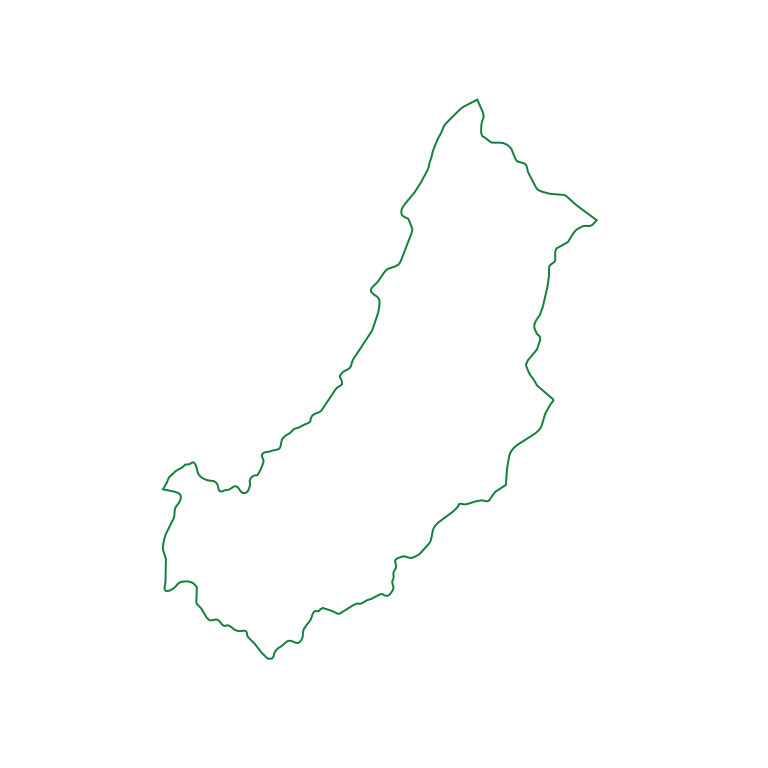 SVG path tracing the border of Phetchabun, rotated 203°
{"feature_id": "THA-402", "entity_name": "Phetchabun", "entity_type": "Province", "adm_level": 1, "iso_a3": "THA", "parent_name": "Thailand", "parent_adm1": "", "projection": "natural_earth1", "projection_center": [101.234, 16.209], "detail": "fine", "context": "isolated", "style": "outline", "palette": "green", "viewbox_px": 768, "rotation_deg": 203, "n_neighbors": 0, "source": "natural_earth", "source_scale": "10m", "svg_char_len": 6139}
<svg xmlns="http://www.w3.org/2000/svg" viewBox="0 0 768 768"><g transform="rotate(203 384 384)"><path d="M546.3,200.7L545.3,208.9L545.5,210.3L545.5,212.3L545.3,214.4L541.7,222.5L536.9,228.7L535.4,232.3L533.2,233.2L531.5,234.5L530.4,236.1L529.8,236.9L529.0,237.3L528.0,237.3L526.3,236.2L524.7,234.8L520.4,229.2L519.6,228.5L518.8,228.0L516.9,227.1L513.6,226.4L509.8,226.3L506.5,227.0L503.5,227.9L502.3,228.1L501.2,227.9L500.1,227.6L499.1,227.1L498.3,226.6L497.6,225.9L496.9,225.1L495.8,223.4L495.2,222.6L494.5,221.9L493.7,221.3L492.7,221.2L491.8,221.5L491.0,222.0L488.8,224.1L486.2,225.7L485.4,226.3L484.7,227.2L482.5,230.5L481.8,231.2L481.0,231.8L480.0,232.0L478.9,231.9L476.9,231.1L474.4,229.4L472.4,228.7L471.3,228.6L469.4,229.3L468.0,230.7L467.5,232.2L467.4,234.1L467.7,237.6L468.1,239.3L468.7,240.6L469.8,242.4L470.0,243.8L469.8,245.5L468.5,248.2L467.3,249.3L465.4,250.3L465.0,250.6L464.6,252.4L464.3,255.3L464.2,261.7L464.4,264.6L464.9,266.3L465.2,266.8L467.8,269.4L468.5,270.2L468.7,271.2L468.5,272.5L467.4,274.0L466.6,274.9L462.8,277.2L459.8,279.8L456.6,282.0L455.8,282.7L455.2,283.5L454.9,284.9L454.9,286.6L456.0,291.1L456.1,292.7L456.0,294.4L455.0,296.7L454.3,298.2L452.9,300.1L451.7,301.6L451.1,302.7L449.7,306.3L449.1,307.5L448.3,308.4L445.9,310.1L440.7,316.3L439.1,317.8L437.9,319.3L437.4,320.2L437.3,321.4L437.9,323.3L437.9,325.0L437.8,326.6L436.8,328.4L436.0,329.5L435.2,330.4L432.9,332.4L431.8,334.1L431.2,335.2L426.5,360.1L425.7,362.2L424.5,364.1L423.3,365.7L422.8,366.6L422.6,367.6L423.3,369.1L424.5,370.8L425.5,371.8L427.2,372.9L427.7,374.0L427.6,375.7L426.5,378.6L425.7,380.1L424.9,381.3L423.5,382.7L422.9,383.6L421.8,385.5L421.5,386.7L421.5,388.2L422.0,391.5L422.0,394.6L415.9,427.9L415.9,430.7L417.3,447.8L418.5,453.1L419.8,456.9L420.7,458.9L421.3,459.7L422.1,460.4L423.8,461.4L425.9,462.0L428.3,462.4L430.4,463.1L431.4,463.5L432.1,464.2L432.7,465.1L432.9,466.4L432.7,468.2L429.8,475.2L427.4,486.9L426.5,489.6L425.6,491.3L424.1,492.6L422.6,494.0L420.4,495.9L419.0,497.4L417.7,499.1L417.2,500.1L416.8,501.4L416.6,504.9L417.6,533.8L417.9,535.7L418.5,537.6L419.0,538.4L425.3,544.8L426.1,545.4L427.1,545.7L430.6,545.7L431.8,545.9L432.8,546.3L433.6,546.7L434.4,547.5L434.9,548.3L435.4,549.4L435.7,550.4L436.0,551.8L435.8,554.2L435.1,557.8L430.7,572.5L428.7,584.3L427.5,598.3L427.6,600.9L428.6,605.8L428.9,611.1L430.0,617.0L430.3,629.8L429.5,637.9L429.6,645.2L428.9,647.9L421.0,667.3L418.5,671.1L409.3,682.2L398.8,672.4L396.5,668.4L396.3,664.1L395.9,661.7L395.1,659.0L393.0,653.7L391.4,651.6L390.1,650.5L387.4,650.2L380.1,648.3L379.1,648.4L378.2,648.6L371.4,651.5L368.2,652.4L364.5,652.3L361.1,651.4L359.4,650.6L358.1,649.7L351.5,643.0L349.9,641.8L348.6,641.1L346.4,641.1L342.5,641.8L340.4,641.7L339.0,641.2L338.1,640.5L336.8,639.0L334.5,635.6L321.0,624.4L318.8,623.1L317.7,622.8L312.8,622.8L304.9,624.1L292.7,628.2L291.6,628.4L290.4,628.4L289.2,628.1L276.9,623.8L252.2,617.9L254.4,611.8L256.3,609.8L261.1,607.9L262.0,607.3L262.8,606.7L263.5,606.0L266.1,602.8L267.6,600.1L268.0,598.9L269.3,592.6L269.9,588.2L270.2,586.7L270.8,585.6L277.8,576.8L278.3,575.9L278.3,574.2L277.8,571.9L275.0,565.6L274.7,563.7L275.5,561.9L277.3,558.8L277.7,557.8L277.7,556.3L277.0,554.4L274.2,547.5L271.5,537.3L268.0,517.3L267.5,508.1L267.8,507.0L268.6,503.4L268.9,500.6L268.8,497.9L268.4,496.1L267.3,494.2L264.7,491.5L263.1,490.2L261.7,489.5L258.7,488.4L257.9,486.7L257.4,485.4L256.7,475.6L260.8,462.1L260.9,457.4L260.1,456.1L255.6,451.6L252.5,449.1L249.6,447.7L243.1,442.9L241.4,442.0L222.3,436.0L221.7,435.0L221.7,434.0L222.8,430.7L223.9,420.8L223.9,418.9L222.6,407.2L222.6,405.9L222.9,404.1L223.8,400.9L225.8,397.1L237.6,379.9L239.4,376.1L239.9,374.7L240.4,372.9L240.8,370.1L240.8,368.3L240.6,366.5L237.6,353.9L232.4,338.7L239.4,328.3L240.8,322.7L241.4,319.0L242.1,317.3L243.1,316.3L248.6,315.1L253.2,312.2L261.0,305.6L263.2,304.5L266.9,303.7L267.9,302.9L268.1,301.7L267.9,300.6L268.8,297.8L270.6,293.6L280.0,277.6L281.5,273.3L281.8,272.0L281.9,270.7L281.9,269.3L281.6,266.7L280.4,262.1L279.9,258.4L279.8,257.0L280.2,254.6L284.1,243.3L285.1,241.1L285.9,239.6L290.0,235.1L291.8,234.2L294.0,233.7L296.4,233.6L297.7,233.3L299.5,232.6L303.9,228.3L304.7,226.7L304.7,225.5L304.2,224.6L302.3,222.2L301.8,221.3L301.4,220.2L301.2,218.9L301.7,215.1L301.5,213.9L300.7,211.9L299.7,210.0L299.4,208.9L299.3,207.7L299.4,206.0L299.1,205.0L298.0,203.3L296.1,201.0L295.6,199.6L295.4,197.6L296.1,193.6L296.9,191.7L298.0,190.4L299.4,189.9L300.6,189.6L301.6,189.7L302.5,190.0L303.9,189.8L305.7,188.6L311.5,181.5L315.1,178.3L318.7,173.6L319.8,172.5L322.8,171.5L324.6,169.9L326.8,167.1L335.1,155.2L336.0,154.7L337.0,154.5L343.6,154.8L352.9,153.9L353.5,153.0L354.6,151.8L354.8,150.6L355.2,149.7L356.0,149.1L357.9,148.3L358.8,147.9L359.4,147.0L359.7,145.9L359.8,144.7L359.4,139.4L359.6,138.0L360.0,135.5L361.1,132.0L362.0,127.0L362.0,125.8L361.6,124.2L360.3,120.2L360.0,119.1L360.0,117.8L360.0,116.5L360.6,113.9L361.1,113.0L361.8,112.2L362.7,111.7L363.8,111.4L365.2,111.3L366.9,111.4L369.3,111.2L371.3,110.4L372.1,109.8L372.8,109.0L373.8,107.1L374.2,106.2L375.9,102.7L378.0,99.8L378.5,98.9L379.3,96.8L379.8,94.2L379.7,93.0L379.3,90.7L379.3,89.4L379.5,88.3L380.1,87.4L380.9,86.9L383.9,85.8L391.4,88.7L401.8,94.5L410.2,97.8L411.3,98.7L412.6,100.8L413.7,102.0L414.9,102.6L416.6,102.2L419.8,100.4L421.6,99.7L423.9,99.4L425.1,99.4L426.3,99.6L431.0,100.9L433.2,100.9L434.1,100.6L435.0,100.0L435.7,99.3L436.5,98.9L437.9,99.0L439.7,99.6L442.6,101.3L444.4,101.8L445.8,101.9L446.8,101.5L451.1,98.7L452.0,98.4L453.8,98.8L456.3,99.9L464.4,105.9L465.6,106.5L469.8,108.0L470.7,108.8L471.6,110.0L476.7,123.5L477.2,124.0L480.6,125.7L482.3,126.1L483.8,126.2L486.1,125.9L488.1,125.4L489.0,125.0L492.8,123.0L493.6,122.4L494.9,121.0L495.9,118.9L496.5,116.7L497.3,114.6L499.7,111.1L500.3,110.4L501.1,109.7L502.8,108.6L503.8,108.3L504.9,108.7L506.2,109.9L508.0,116.9L516.1,137.0L517.2,138.7L522.3,144.6L523.4,146.3L524.7,150.4L525.7,155.5L526.2,160.5L525.1,178.8L525.3,180.1L527.4,186.3L527.6,188.1L527.6,189.6L526.4,194.3L526.2,197.0L526.2,198.4L526.5,199.7L527.0,200.9L527.9,202.1L528.9,202.8L529.9,203.2L534.3,203.1L546.3,200.7Z" fill="none" stroke="#15803d" stroke-width="2"/></g></svg>